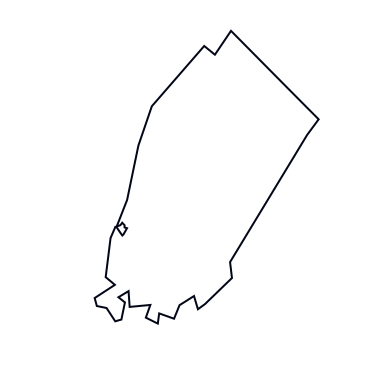 the district of Boyle, Kentucky, United States of America, rotated 130°
{"feature_id": "52423323B49829499016472", "entity_name": "Boyle", "entity_type": "district", "adm_level": 2, "iso_a3": "USA", "parent_name": "United States of America", "parent_adm1": "Kentucky", "projection": "robinson", "projection_center": [-84.779, 37.625], "detail": "fine", "context": "isolated", "style": "outline", "palette": "ink", "viewbox_px": 384, "rotation_deg": 130, "n_neighbors": 0, "source": "geoboundaries", "source_scale": "gbopen_adm2", "svg_char_len": 698}
<svg xmlns="http://www.w3.org/2000/svg" viewBox="0 0 384 384"><g transform="rotate(130 192 192)"><path d="M50.9,185.9L43.5,265.7L72.1,262.7L72.3,276.5L152.1,277.9L190.9,262.9L239.8,236.6L266.8,227.5L263.4,225.5L260.4,225.7L260.8,222.3L262.5,220.9L261.5,218.5L268.6,217.2L270.1,217.4L269.4,220.3L267.3,227.5L267.9,228.3L279.6,224.8L312.7,203.4L312.7,191.4L335.8,198.4L340.5,191.6L335.8,182.9L340.4,167.7L335.1,164.1L319.7,172.4L319.9,180.7L308.7,176.9L320.1,165.9L305.3,151.3L317.9,146.6L314.8,133.6L306.1,139.1L300.6,124.3L286.7,128.8L270.4,123.6L278.0,112.1L269.5,110.0L232.2,106.1L221.2,117.8L74.2,140.5L54.9,141.7L53.7,155.1L50.9,185.9Z" fill="none" stroke="#020617" stroke-width="2"/></g></svg>